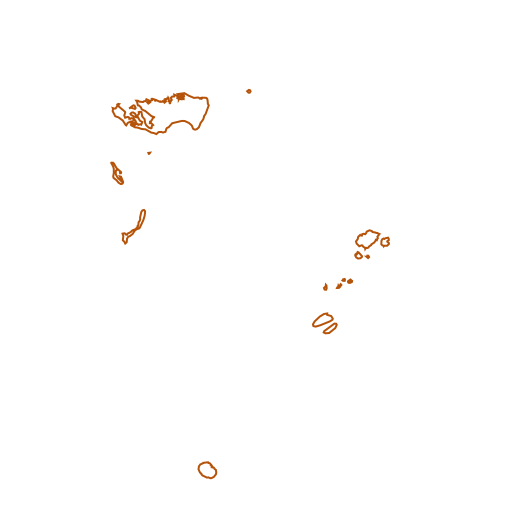 outline of Kamaran, Al Hudaydah, Yemen, rotated 249°
{"feature_id": "15242507B40747525321849", "entity_name": "Kamaran", "entity_type": "district", "adm_level": 2, "iso_a3": "YEM", "parent_name": "Yemen", "parent_adm1": "Al Hudaydah", "projection": "albers", "projection_center": [42.46, 15.285], "detail": "fine", "context": "isolated", "style": "outline", "palette": "amber", "viewbox_px": 512, "rotation_deg": 249, "n_neighbors": 0, "source": "geoboundaries", "source_scale": "gbopen_adm2", "svg_char_len": 6152}
<svg xmlns="http://www.w3.org/2000/svg" viewBox="0 0 512 512"><g transform="rotate(249 256 256)"><path d="M442.6,174.1L436.9,174.7L434.7,177.3L430.2,180.2L424.9,181.3L424.4,181.7L426.0,183.6L426.4,184.8L426.1,186.8L425.2,187.9L425.8,187.9L426.7,186.1L426.2,188.1L425.4,188.8L421.7,190.1L421.2,188.9L421.8,188.1L423.5,187.3L423.6,186.7L424.5,186.7L423.4,186.2L422.4,186.5L420.9,188.1L419.7,188.8L418.3,191.5L415.6,194.7L413.9,198.2L408.8,202.4L407.3,204.8L405.5,206.7L406.6,209.4L405.8,212.0L404.6,213.4L404.4,216.0L407.0,218.0L407.5,219.0L407.5,220.6L410.0,225.4L408.7,235.1L407.6,237.8L404.2,241.1L400.9,242.8L397.4,242.9L396.3,243.7L395.7,244.7L395.7,246.5L396.7,248.9L400.0,251.9L402.4,255.6L404.3,257.2L405.1,257.5L406.6,259.8L413.6,265.9L415.2,265.6L419.2,266.7L420.7,266.7L421.6,266.0L423.2,262.3L423.4,260.4L423.2,261.0L423.0,260.8L422.8,262.1L422.4,261.9L422.3,261.1L424.7,258.8L425.8,254.8L429.8,250.6L433.7,247.5L435.2,240.9L434.2,241.2L434.7,241.5L434.6,242.2L433.5,243.3L432.2,246.2L430.9,246.1L430.4,245.2L431.7,243.5L432.0,242.4L431.5,242.1L431.5,242.7L430.4,243.7L430.4,244.3L429.2,245.0L428.4,244.7L429.0,243.6L428.8,243.0L429.4,242.0L429.8,242.2L429.7,242.6L430.8,241.4L429.7,241.8L430.3,240.6L429.8,240.0L430.6,240.3L431.5,239.1L433.0,239.8L432.1,241.5L435.9,237.5L434.6,237.2L434.2,236.7L434.9,234.9L434.2,233.2L431.9,233.3L431.7,232.8L432.1,232.7L430.8,231.8L430.6,231.2L429.6,230.7L429.3,231.3L429.4,230.8L429.7,230.6L428.8,230.4L429.7,230.2L430.6,231.1L431.5,230.1L431.9,230.7L432.2,230.2L434.1,230.9L435.3,230.7L434.8,230.3L435.0,229.6L434.6,229.4L434.9,227.9L434.3,228.2L433.8,227.7L434.3,226.2L432.8,225.8L432.3,226.6L432.0,225.7L432.9,225.8L433.1,224.8L434.0,224.3L433.7,223.4L434.5,222.2L434.2,222.0L434.5,221.4L437.6,218.5L437.0,217.9L437.1,217.5L438.7,217.1L440.1,215.3L440.0,214.8L438.7,214.7L438.7,212.8L437.5,212.5L436.9,210.1L438.5,209.5L438.9,211.2L439.8,211.1L439.9,211.5L441.6,209.9L440.2,208.5L440.6,206.8L440.2,205.7L441.9,202.5L443.3,201.4L443.9,199.9L442.6,200.2L439.0,199.7L438.3,200.8L435.9,201.9L433.8,201.9L430.9,204.7L424.1,208.5L421.6,211.3L422.4,209.6L421.2,208.7L419.3,206.1L419.4,205.2L418.0,204.5L417.5,205.8L415.1,206.9L414.7,205.3L412.9,204.4L412.8,203.7L414.3,201.9L417.6,200.3L420.0,200.2L423.6,201.0L427.0,199.8L431.4,200.6L432.2,199.3L432.4,198.1L430.7,197.7L429.4,195.2L430.0,194.4L432.3,194.1L434.1,192.7L434.4,191.2L433.7,189.7L432.6,189.9L429.9,192.1L428.0,194.7L428.0,195.5L423.9,196.1L421.8,197.9L419.7,195.9L420.4,195.3L420.6,193.2L421.5,192.9L421.3,192.6L422.4,191.5L423.3,191.8L424.4,191.3L424.8,192.0L427.2,191.4L426.3,189.6L427.1,190.5L428.6,190.7L429.3,189.1L429.1,188.0L429.6,187.7L429.5,186.9L430.8,187.1L431.8,186.2L432.0,183.4L434.4,183.4L437.0,185.4L437.6,185.4L444.9,181.4L446.5,181.8L446.9,182.7L447.4,182.0L447.1,180.7L446.0,180.5L444.1,177.9L444.2,176.9L445.4,175.3L444.6,175.3L442.6,174.1ZM238.3,360.7L237.2,358.2L235.3,357.0L233.8,354.6L231.6,354.4L228.1,355.9L228.1,358.7L227.5,359.2L226.5,359.3L224.5,360.7L223.4,360.5L224.2,361.6L223.6,362.7L223.6,363.9L224.4,365.0L224.9,367.4L225.5,367.8L226.2,371.2L227.7,373.5L227.5,374.1L228.3,374.0L228.2,375.1L228.9,376.1L230.6,376.3L231.5,378.0L232.0,378.5L232.6,378.3L232.6,378.8L234.1,377.4L234.4,376.5L235.0,376.1L236.7,373.3L237.8,373.1L239.3,371.2L239.1,368.1L237.8,366.9L237.2,365.7L238.1,364.7L238.3,363.0L237.1,362.2L237.8,360.8L238.3,360.7ZM77.5,125.9L74.0,126.1L72.3,127.0L71.7,126.8L70.3,127.4L66.7,130.8L66.4,132.2L65.0,133.6L64.6,134.8L64.9,137.5L66.5,140.3L68.0,141.3L70.6,141.9L72.2,141.0L73.5,140.8L74.1,140.3L74.2,139.6L75.5,139.6L75.4,139.2L76.2,139.5L76.9,138.9L77.3,139.3L78.0,139.0L79.2,138.5L79.8,137.4L80.6,137.3L81.8,132.7L81.5,132.5L81.4,129.3L80.0,127.3L77.5,125.9ZM177.5,298.7L176.6,293.9L173.9,287.3L171.8,284.7L170.0,284.5L168.7,286.4L168.3,291.1L168.5,301.6L169.1,304.5L169.9,305.2L173.0,304.7L175.5,301.4L176.8,301.9L177.5,298.7ZM322.2,139.3L318.4,137.3L316.6,138.2L314.5,138.4L315.2,140.2L318.4,141.8L319.8,143.6L319.8,145.4L320.8,148.8L322.9,151.5L323.8,154.2L323.6,156.6L324.0,157.6L329.9,163.7L333.4,166.4L336.9,168.3L338.1,168.4L339.1,168.0L339.3,166.4L338.3,164.8L333.7,161.7L331.8,161.0L330.4,159.9L329.6,158.5L327.1,157.3L326.4,156.1L325.9,156.3L325.0,155.4L324.9,154.5L324.3,154.3L324.2,149.7L323.2,147.4L322.9,144.0L322.1,143.2L322.4,142.4L324.3,141.5L324.7,139.4L322.2,139.3ZM384.4,153.0L381.5,151.2L380.0,151.0L376.9,152.9L373.6,154.0L371.6,155.6L371.4,157.1L372.0,158.1L372.9,158.5L378.4,158.4L379.1,157.4L376.8,157.6L376.0,157.2L375.2,157.8L373.6,157.9L373.3,157.5L378.5,155.0L382.1,154.4L383.9,154.8L386.0,155.9L386.3,156.8L385.7,158.5L388.0,157.3L393.5,156.4L394.4,155.9L394.6,154.6L395.6,153.8L394.6,154.3L390.4,154.7L388.5,154.5L384.4,153.0ZM164.0,306.6L164.8,305.0L161.4,292.8L160.4,291.8L158.9,293.2L157.9,296.7L160.3,304.2L162.8,306.7L164.0,306.6ZM225.1,378.5L222.0,377.2L220.6,377.8L219.9,378.8L219.4,378.8L219.7,379.2L218.6,382.1L219.6,384.4L220.4,384.7L222.3,383.7L222.7,383.8L223.3,385.7L224.7,386.1L225.8,385.9L226.2,383.2L225.9,382.0L226.6,381.3L226.3,379.7L225.1,378.5ZM222.1,351.9L221.4,350.5L222.1,350.2L222.0,349.7L221.4,349.0L220.6,348.8L218.8,349.1L217.1,350.3L216.5,352.6L217.2,354.6L217.8,354.9L222.6,353.1L223.3,352.3L222.6,351.7L222.1,351.9ZM439.9,196.5L440.6,195.5L439.2,190.4L439.3,192.4L436.7,195.7L437.3,196.7L439.9,196.5ZM199.4,332.8L198.8,332.6L197.9,333.0L197.9,334.2L197.5,333.5L197.2,334.0L197.3,336.1L198.2,336.8L200.2,335.7L199.4,332.8ZM200.1,308.0L199.4,309.4L200.5,310.4L203.2,311.2L204.0,310.9L202.8,310.3L201.8,308.0L200.1,308.0ZM412.8,309.9L413.6,308.9L413.0,306.8L411.2,307.5L410.7,308.6L411.6,309.9L412.8,309.9ZM198.8,322.3L197.4,321.4L197.6,320.7L197.1,320.2L196.5,322.0L197.1,323.4L197.9,323.8L197.8,324.5L198.3,325.3L199.3,325.0L198.1,322.9L198.2,322.4L198.8,322.3ZM202.8,330.5L203.0,329.0L202.4,328.7L202.2,328.0L201.6,328.4L201.0,329.9L201.9,330.6L202.8,330.5ZM215.8,358.9L213.9,359.9L214.5,361.2L216.0,361.0L216.3,360.3L215.3,360.2L215.8,358.9ZM383.7,159.1L381.9,158.8L381.7,159.5L382.5,160.1L383.4,159.8L383.7,159.1ZM390.4,194.1L390.8,192.5L389.8,192.5L389.7,193.1L390.4,194.1Z" fill="none" stroke="#b45309" stroke-width="2"/></g></svg>